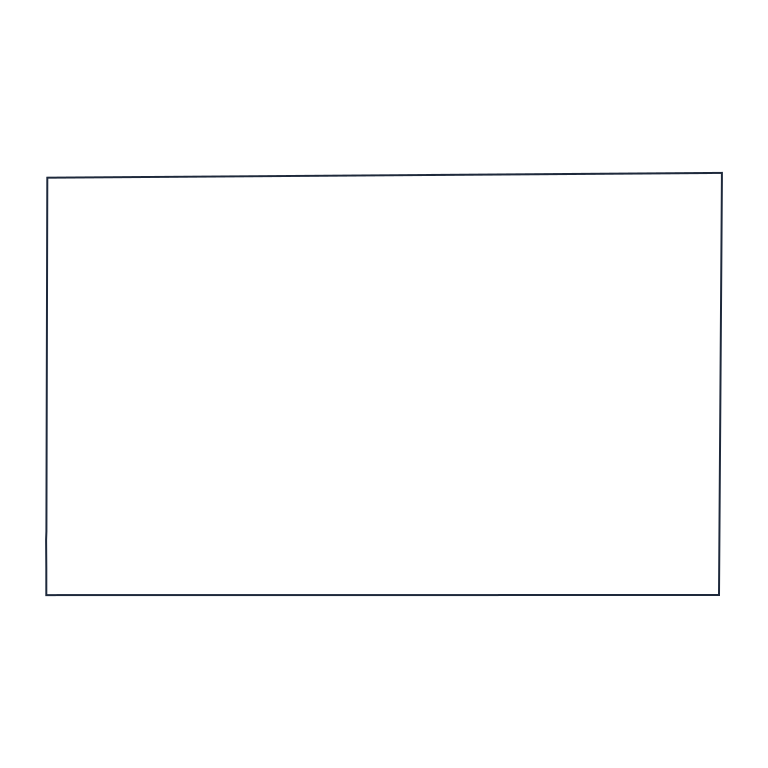 Oldham, Texas, United States of America
{"feature_id": "52423323B29026545860806", "entity_name": "Oldham", "entity_type": "district", "adm_level": 2, "iso_a3": "USA", "parent_name": "United States of America", "parent_adm1": "Texas", "projection": "natural_earth1", "projection_center": [-102.75, 35.405], "detail": "fine", "context": "isolated", "style": "outline", "palette": "slate", "viewbox_px": 768, "rotation_deg": 0, "n_neighbors": 0, "source": "geoboundaries", "source_scale": "gbopen_adm2", "svg_char_len": 229}
<svg xmlns="http://www.w3.org/2000/svg" viewBox="0 0 768 768"><path d="M47.3,177.7L46.4,531.5L46.1,539.9L46.3,567.8L46.3,595.1L719.0,595.0L721.9,180.0L721.9,172.9L47.3,177.7Z" fill="none" stroke="#1e293b" stroke-width="2"/></svg>